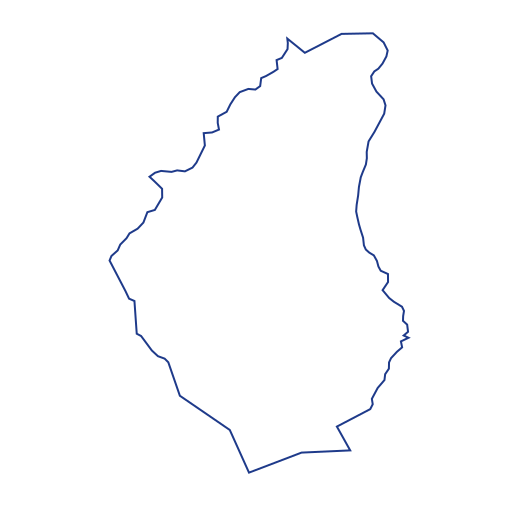 outline of Jardim do Seridó, Rio Grande do Norte, Brazil, rotated 86°
{"feature_id": "56859067B35401844693268", "entity_name": "Jardim do Seridó", "entity_type": "district", "adm_level": 2, "iso_a3": "BRA", "parent_name": "Brazil", "parent_adm1": "Rio Grande do Norte", "projection": "robinson", "projection_center": [-36.831, -6.598], "detail": "fine", "context": "isolated", "style": "outline", "palette": "blue", "viewbox_px": 512, "rotation_deg": 86, "n_neighbors": 0, "source": "geoboundaries", "source_scale": "gbopen_adm2", "svg_char_len": 1616}
<svg xmlns="http://www.w3.org/2000/svg" viewBox="0 0 512 512"><g transform="rotate(86 256 256)"><path d="M330.9,113.9L326.2,113.4L321.1,112.2L316.8,113.9L311.3,121.6L307.2,126.1L298.9,132.1L291.2,126.1L283.2,125.6L279.4,132.6L275.1,134.6L269.4,135.7L263.6,138.4L260.5,142.8L257.2,146.0L252.9,147.6L245.2,147.9L237.1,149.9L231.5,151.1L223.8,152.3L218.6,153.0L211.9,152.0L202.8,149.9L194.3,148.5L184.8,146.0L179.6,143.6L172.4,140.0L166.2,138.6L159.9,138.3L149.5,135.7L140.5,129.2L123.0,118.2L114.8,116.3L108.6,117.8L100.4,124.4L92.1,128.2L84.7,128.6L80.1,125.1L77.7,120.9L72.9,116.4L66.0,112.0L60.2,110.3L51.8,113.8L42.0,123.9L40.4,155.2L56.7,193.1L41.3,209.6L45.8,209.4L51.8,210.1L60.2,216.4L62.0,221.8L71.0,221.4L73.4,225.6L77.2,233.5L78.9,238.4L86.8,240.0L89.9,245.0L88.8,252.0L91.4,260.8L96.1,265.9L102.9,271.0L110.1,275.2L114.3,284.4L120.6,284.9L127.3,284.1L129.7,291.2L129.8,299.6L142.2,299.3L158.7,308.9L163.4,313.2L166.6,321.0L165.1,328.7L166.2,334.4L164.5,344.8L165.9,350.9L169.5,356.7L174.1,352.4L182.4,345.0L191.1,345.5L203.0,353.7L204.7,361.3L214.8,366.0L220.5,372.2L224.6,380.6L229.2,383.9L235.1,390.6L240.8,393.6L245.9,400.2L250.3,402.4L281.8,388.7L289.7,385.6L292.4,380.4L325.2,380.4L327.8,376.2L343.0,366.5L349.1,360.8L352.0,354.3L355.9,350.9L390.1,341.7L427.7,294.3L432.5,292.5L438.5,290.3L471.6,278.1L455.3,224.3L456.5,175.6L431.8,187.2L416.7,152.7L412.0,149.9L406.6,150.4L396.1,143.8L388.7,136.5L382.9,135.4L377.7,131.3L371.4,130.7L367.3,128.4L361.4,122.1L357.3,116.6L351.3,117.4L348.2,109.6L345.6,114.2L342.2,109.6L335.0,110.0L330.9,113.9Z" fill="none" stroke="#1e3a8a" stroke-width="2"/></g></svg>